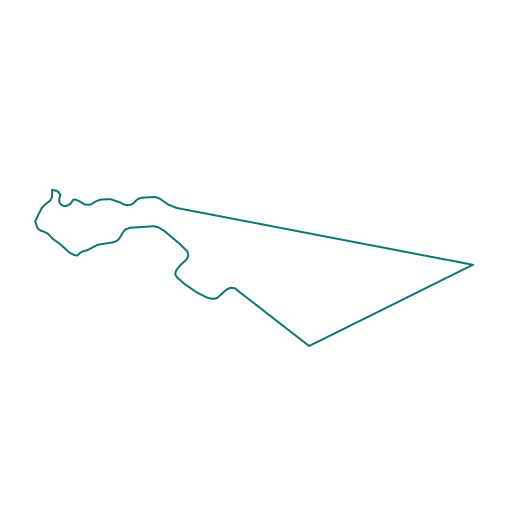 the border of Zarqa, rotated 351°
{"feature_id": "JOR-860", "entity_name": "Zarqa", "entity_type": "Province", "adm_level": 1, "iso_a3": "JOR", "parent_name": "Jordan", "parent_adm1": "", "projection": "natural_earth1", "projection_center": [36.356, 31.849], "detail": "fine", "context": "isolated", "style": "outline", "palette": "teal", "viewbox_px": 512, "rotation_deg": 351, "n_neighbors": 0, "source": "natural_earth", "source_scale": "10m", "svg_char_len": 1220}
<svg xmlns="http://www.w3.org/2000/svg" viewBox="0 0 512 512"><g transform="rotate(351 256 256)"><path d="M468.7,298.6L455.3,302.8L398.9,320.5L342.4,338.2L294.6,353.1L293.8,352.6L229.8,284.4L225.6,283.4L221.7,284.5L210.9,291.5L206.6,291.6L201.3,289.5L191.4,282.4L181.1,272.5L175.0,265.2L173.5,262.1L173.9,259.5L175.6,257.0L180.7,252.6L187.1,248.4L189.2,245.0L188.8,240.6L182.3,231.7L169.3,216.9L164.6,212.8L159.8,210.6L135.7,208.4L130.9,209.5L128.2,211.9L123.8,217.4L120.9,219.3L116.2,220.2L101.5,220.1L90.3,223.9L86.6,224.2L83.8,224.8L79.4,227.5L76.4,226.5L72.0,223.2L64.3,213.4L58.8,208.2L53.6,201.0L49.2,198.2L47.6,197.5L45.8,195.7L44.6,194.3L43.3,187.1L51.8,175.2L54.5,173.0L58.1,170.8L61.1,169.3L63.0,167.2L64.1,164.8L64.9,158.9L69.5,160.5L71.4,162.7L72.3,164.6L71.9,166.4L70.9,168.1L70.2,170.2L70.4,172.8L71.5,174.7L73.8,176.4L76.3,176.9L79.0,176.3L81.3,175.0L84.4,171.8L86.6,172.1L89.5,173.9L95.0,178.3L98.5,179.3L101.7,179.0L106.4,177.0L108.8,176.4L111.6,176.0L120.9,177.0L130.0,181.7L134.0,184.7L137.5,185.8L141.0,185.7L143.9,184.3L146.3,182.4L149.2,181.0L153.4,180.6L165.7,181.9L169.7,184.1L177.0,191.2L185.0,196.1L468.2,298.4L468.6,298.5L468.7,298.6Z" fill="none" stroke="#0f766e" stroke-width="2"/></g></svg>